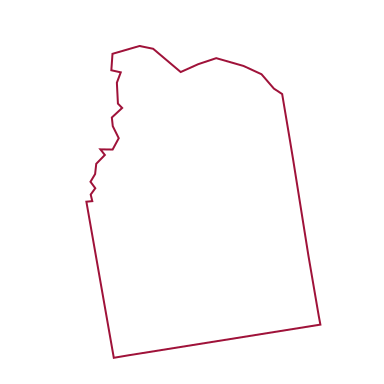 the district of Lawrence, Alabama, United States of America, rotated 350°
{"feature_id": "52423323B9408482102272", "entity_name": "Lawrence", "entity_type": "district", "adm_level": 2, "iso_a3": "USA", "parent_name": "United States of America", "parent_adm1": "Alabama", "projection": "mercator", "projection_center": [-87.362, 34.552], "detail": "fine", "context": "isolated", "style": "outline", "palette": "rose", "viewbox_px": 384, "rotation_deg": 350, "n_neighbors": 0, "source": "geoboundaries", "source_scale": "gbopen_adm2", "svg_char_len": 577}
<svg xmlns="http://www.w3.org/2000/svg" viewBox="0 0 384 384"><g transform="rotate(350 192 192)"><path d="M86.2,341.7L102.0,341.8L295.4,344.9L295.3,336.2L295.6,274.6L297.2,178.8L297.4,159.9L297.8,111.2L290.6,104.4L280.9,88.1L264.6,76.8L239.1,64.4L220.3,67.2L201.7,71.9L178.6,44.2L165.7,39.1L137.7,42.1L133.7,58.1L142.6,61.8L137.0,71.3L134.4,92.1L137.8,97.1L126.0,104.7L125.4,113.4L129.2,126.3L121.2,136.4L109.2,134.1L112.6,140.4L102.6,147.6L99.7,157.5L93.8,164.3L97.4,171.5L91.8,176.9L92.2,183.7L86.3,183.2L86.2,341.7Z" fill="none" stroke="#9f1239" stroke-width="2"/></g></svg>